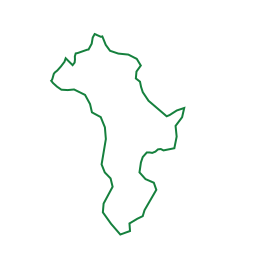 outline of Rîşcani, rotated 73°
{"feature_id": "MDA-1617", "entity_name": "Rîşcani", "entity_type": "District", "adm_level": 1, "iso_a3": "MDA", "parent_name": "Moldova", "parent_adm1": "", "projection": "equal_earth", "projection_center": [27.482, 47.936], "detail": "fine", "context": "isolated", "style": "outline", "palette": "green", "viewbox_px": 256, "rotation_deg": 73, "n_neighbors": 0, "source": "natural_earth", "source_scale": "10m", "svg_char_len": 1085}
<svg xmlns="http://www.w3.org/2000/svg" viewBox="0 0 256 256"><g transform="rotate(73 128 128)"><path d="M60.4,187.6L60.2,187.1L59.0,186.0L54.5,183.1L53.5,181.7L52.4,178.9L49.5,174.1L46.1,169.4L43.1,167.2L51.7,162.6L49.8,159.9L47.0,158.7L44.0,157.9L41.4,156.2L41.6,154.2L41.2,144.2L41.4,142.8L36.8,138.1L31.2,135.3L28.4,132.4L32.9,127.2L32.9,125.8L34.8,125.6L42.0,125.0L48.9,122.6L54.0,115.5L57.9,106.2L64.5,99.4L72.0,97.5L76.5,103.4L82.9,106.0L87.2,103.0L92.5,103.5L98.1,103.4L108.0,100.4L128.1,87.6L127.8,84.5L125.5,76.2L125.3,68.4L133.5,73.1L139.9,81.9L150.5,84.0L160.9,89.6L159.8,100.6L157.7,102.8L157.2,105.6L158.6,108.7L158.9,112.1L157.8,114.3L156.9,117.2L160.1,122.4L164.7,125.7L173.8,130.0L182.0,126.2L187.9,119.3L195.4,119.0L211.4,136.2L216.6,139.7L217.5,145.6L219.7,154.5L227.1,156.2L227.6,166.5L214.7,172.2L201.3,176.7L193.1,173.4L179.7,159.9L171.1,159.4L163.7,163.2L155.1,163.9L132.1,152.4L120.6,149.9L109.6,150.9L102.5,157.9L94.0,157.3L83.8,159.4L75.4,168.3L74.1,174.6L71.9,180.5L67.7,183.8L63.2,186.5L60.4,187.6Z" fill="none" stroke="#15803d" stroke-width="2"/></g></svg>